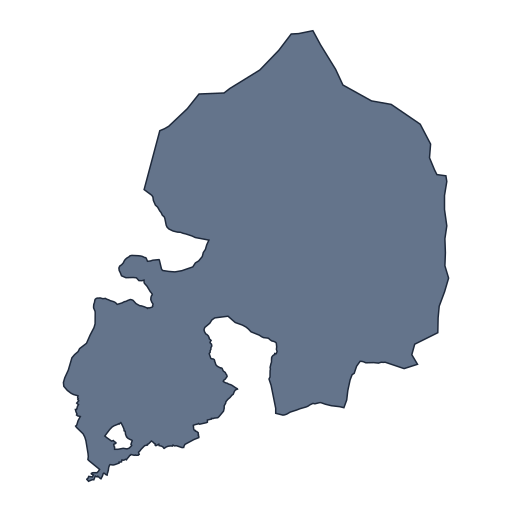 outline of Lagelu, Oyo, Nigeria
{"feature_id": "59680162B50724647943907", "entity_name": "Lagelu", "entity_type": "district", "adm_level": 2, "iso_a3": "NGA", "parent_name": "Nigeria", "parent_adm1": "Oyo", "projection": "mercator", "projection_center": [3.986, 7.522], "detail": "fine", "context": "isolated", "style": "filled", "palette": "slate", "viewbox_px": 512, "rotation_deg": 0, "n_neighbors": 0, "source": "geoboundaries", "source_scale": "gbopen_adm2", "svg_char_len": 6034}
<svg xmlns="http://www.w3.org/2000/svg" viewBox="0 0 512 512"><path d="M437.8,332.7L438.1,317.9L439.2,306.2L444.6,291.7L448.6,278.1L444.9,265.8L445.4,252.7L444.9,238.7L446.8,225.9L444.5,209.5L444.5,195.5L446.8,181.5L445.9,175.8L436.9,174.6L434.5,169.8L429.5,157.8L430.6,144.1L420.2,124.2L391.2,104.4L371.5,100.9L342.9,85.0L335.6,69.3L320.5,44.8L312.9,30.7L298.6,33.6L291.2,34.0L278.8,50.3L259.8,70.0L229.8,88.5L224.0,93.0L199.0,94.0L187.3,108.7L168.7,126.3L164.3,128.8L159.8,130.7L144.1,189.6L151.8,195.3L152.9,197.0L153.4,200.5L155.4,205.1L157.6,207.1L159.8,211.0L161.0,212.4L162.4,215.3L164.1,216.7L164.8,218.3L166.2,225.2L167.1,227.2L168.9,229.0L173.0,231.0L177.4,232.1L180.5,232.3L183.1,233.3L185.7,233.9L192.1,236.0L195.2,237.5L208.9,240.1L206.7,244.9L205.4,249.4L203.3,252.5L202.3,256.5L198.7,260.9L195.4,262.9L192.8,266.9L181.8,270.7L174.9,271.9L168.6,271.4L162.7,270.5L161.7,269.4L161.4,268.6L159.3,259.9L159.0,259.6L152.8,260.2L150.3,261.0L147.5,261.3L146.2,258.2L145.6,257.6L144.8,257.6L142.3,256.4L140.7,256.0L138.2,255.7L131.8,255.4L130.0,255.8L129.0,256.8L126.9,258.0L125.3,259.4L124.3,260.8L123.3,262.9L121.7,264.7L119.7,266.1L118.9,268.0L119.2,270.5L120.4,272.9L121.5,275.8L125.9,277.7L133.2,277.5L136.4,277.8L138.9,280.6L141.9,280.7L144.0,280.1L144.1,282.4L144.4,283.3L147.0,286.2L150.3,291.7L151.0,292.4L152.3,294.3L152.0,295.1L151.6,295.6L151.3,296.2L150.9,297.8L150.8,299.7L151.9,302.4L152.9,303.8L153.0,304.6L152.6,305.6L152.7,306.5L151.9,307.2L149.6,307.9L147.6,307.9L147.5,308.3L146.7,307.8L144.6,306.9L141.5,305.9L139.7,305.7L136.0,303.6L133.1,300.4L131.8,299.8L130.3,299.5L127.6,300.5L126.2,301.3L124.3,301.7L122.1,302.9L117.2,304.4L115.9,303.0L114.8,302.2L113.5,301.6L110.1,300.6L108.8,299.9L106.5,299.1L105.5,298.4L102.9,298.7L100.0,297.9L99.0,298.1L97.3,298.1L96.3,298.4L95.1,299.4L94.7,301.0L94.5,302.4L93.8,304.3L93.6,306.2L93.6,307.9L95.1,311.4L95.2,313.0L95.1,323.8L94.0,327.6L90.1,335.1L86.5,343.3L79.6,348.6L78.1,351.6L74.6,354.6L71.9,357.8L68.3,370.1L64.8,377.7L63.4,382.5L63.8,386.3L67.3,390.4L71.1,393.3L73.5,394.5L78.0,395.8L77.6,397.9L78.3,398.7L77.8,399.5L78.7,400.8L76.7,403.1L77.5,403.9L78.5,404.6L77.4,406.5L76.9,408.6L76.6,408.9L76.6,409.4L75.4,409.5L76.0,411.8L77.0,414.0L76.5,415.0L77.7,415.9L80.3,416.5L78.1,420.6L76.7,425.2L75.6,426.1L76.5,427.4L83.1,433.8L84.8,437.1L85.9,440.7L88.0,453.4L88.3,456.6L87.9,459.6L89.1,460.8L99.6,469.4L98.4,471.3L97.0,472.7L93.1,472.7L92.4,472.8L91.3,473.4L91.4,474.0L93.4,474.9L92.3,476.9L88.7,476.4L88.1,478.0L86.8,479.2L86.8,479.4L88.2,480.8L88.5,481.3L92.0,479.8L92.8,479.7L93.8,479.8L95.3,476.1L97.1,476.9L97.8,476.2L100.5,478.6L101.0,478.8L102.5,475.9L103.2,473.6L103.6,473.2L104.2,473.2L106.0,474.7L107.1,475.1L107.5,472.9L108.0,471.8L108.0,471.3L108.3,470.5L108.7,467.5L109.4,465.5L110.0,464.6L113.1,465.0L114.6,464.7L119.1,463.1L119.0,462.2L121.5,461.9L121.9,460.0L123.8,460.2L125.5,459.3L126.5,459.8L127.0,458.9L128.8,456.8L129.8,455.4L130.4,455.3L131.0,454.5L134.2,455.3L135.6,455.0L135.9,455.3L138.3,455.2L138.6,454.7L139.2,454.4L138.5,452.3L140.2,450.6L141.0,449.4L144.7,445.6L147.4,445.1L147.4,444.3L148.5,443.9L151.4,441.0L153.0,442.1L154.5,443.6L155.2,443.9L155.2,445.2L155.9,445.7L158.8,444.2L159.1,445.6L161.7,446.2L163.3,447.3L163.7,448.1L164.1,448.4L166.3,446.9L168.2,446.2L170.8,445.9L172.4,446.1L173.0,445.1L174.4,445.9L176.4,445.7L182.0,447.6L182.8,447.6L183.4,447.3L183.7,447.4L184.0,446.2L184.9,444.4L194.0,439.5L198.8,437.6L198.8,436.1L198.3,435.7L198.3,435.2L198.5,434.7L198.2,434.2L198.3,432.9L197.9,432.4L197.5,432.3L196.7,431.4L195.4,431.2L195.2,430.4L194.3,430.1L193.9,429.7L193.7,429.0L193.3,425.3L195.2,424.6L198.1,423.9L198.6,423.5L199.1,424.0L199.6,424.2L206.3,422.7L207.4,422.2L207.4,420.0L211.5,419.1L211.5,418.4L213.3,418.5L214.3,418.1L217.8,417.7L219.0,416.6L223.5,411.2L224.2,408.2L224.2,405.8L225.7,403.1L225.9,401.7L227.8,399.4L230.1,397.4L231.9,395.2L233.2,394.3L234.4,391.3L235.5,389.9L237.5,389.1L237.3,388.7L235.8,387.9L232.3,385.5L230.8,384.7L228.4,384.0L227.5,383.3L225.5,382.8L223.3,381.5L223.5,380.6L224.0,380.0L225.2,379.2L227.1,376.5L226.8,375.1L225.8,373.7L225.3,372.5L223.5,371.2L223.1,370.7L222.2,368.6L221.8,368.1L220.8,367.8L220.6,368.0L217.9,366.6L216.8,365.8L215.8,364.6L215.0,361.9L214.6,361.5L214.6,360.4L214.2,359.6L213.3,359.0L211.4,358.7L210.8,358.3L209.3,354.0L209.2,353.5L210.2,352.2L210.1,350.8L210.9,349.3L210.9,347.6L211.7,346.3L211.8,345.9L211.5,344.2L210.0,342.7L210.3,341.7L211.1,340.4L209.3,338.8L209.2,337.9L208.4,336.0L206.9,334.5L205.8,333.9L204.6,331.9L204.0,329.9L204.7,327.5L209.8,323.2L211.8,320.0L214.7,317.9L228.0,316.2L235.2,322.5L242.5,325.1L246.1,327.1L248.5,329.1L251.0,331.8L259.4,335.2L261.6,336.7L263.5,337.6L267.2,338.0L268.5,338.3L269.8,339.5L271.7,340.9L274.1,341.5L275.6,342.3L276.3,343.1L276.7,346.9L276.4,349.3L277.1,351.5L276.2,353.7L274.7,353.5L274.7,354.6L273.8,354.9L272.8,355.7L271.9,356.9L271.5,358.1L271.7,358.7L271.5,359.5L271.5,362.2L271.0,363.5L270.1,367.4L270.4,369.1L270.1,370.7L270.0,377.0L269.0,379.0L271.1,385.3L275.7,408.3L275.7,413.3L282.9,415.1L284.5,414.9L286.8,414.1L290.2,412.1L296.7,410.0L300.0,408.7L306.3,406.9L308.1,406.1L309.8,404.9L312.9,403.4L314.9,403.8L319.3,402.7L320.8,402.6L325.3,404.2L331.3,405.7L339.8,406.7L343.9,407.7L346.7,400.0L347.8,390.6L350.1,379.9L352.1,374.7L354.2,373.3L356.6,366.2L360.1,361.3L361.9,361.4L363.6,361.8L365.8,362.8L373.6,362.6L378.6,363.1L379.9,362.6L381.6,362.2L383.2,362.4L385.1,362.2L404.1,368.6L417.5,364.3L411.8,354.7L414.7,344.2L437.8,332.7ZM104.8,436.0L109.7,429.5L112.1,427.0L114.0,425.8L117.5,424.4L118.8,423.7L119.1,424.1L120.8,422.6L121.3,423.3L122.8,426.3L124.0,429.1L124.1,430.8L125.2,431.3L125.5,434.2L126.6,437.0L127.0,437.1L127.2,437.6L128.1,438.4L131.0,439.9L131.6,440.0L132.2,440.7L131.4,442.9L131.3,443.5L130.9,444.2L131.7,445.3L131.4,445.9L129.2,448.1L127.0,448.9L123.2,448.3L118.0,449.3L114.6,449.3L114.6,447.0L114.2,446.8L113.7,444.3L115.8,443.4L115.9,442.6L114.1,441.4L113.4,440.5L111.6,441.1L106.7,437.6L104.8,436.0Z" fill="#64748b" stroke="#1e293b" stroke-width="1.5"/></svg>